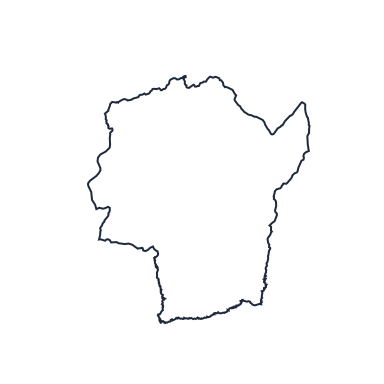 Luwu Utara, Sulawesi Selatan, Indonesia (Natural Earth projection), rotated 28°
{"feature_id": "22746128B26232805086319", "entity_name": "Luwu Utara", "entity_type": "district", "adm_level": 2, "iso_a3": "IDN", "parent_name": "Indonesia", "parent_adm1": "Sulawesi Selatan", "projection": "natural_earth1", "projection_center": [120.334, -2.406], "detail": "fine", "context": "isolated", "style": "outline", "palette": "slate", "viewbox_px": 384, "rotation_deg": 28, "n_neighbors": 0, "source": "geoboundaries", "source_scale": "gbopen_adm2", "svg_char_len": 6040}
<svg xmlns="http://www.w3.org/2000/svg" viewBox="0 0 384 384"><g transform="rotate(28 192 192)"><path d="M224.1,321.1L225.3,319.9L225.8,320.0L225.6,322.9L226.4,320.6L227.3,319.6L228.0,319.7L228.7,320.3L229.1,319.8L229.9,320.2L230.3,319.4L231.2,319.2L232.3,317.5L233.5,316.7L233.6,315.4L233.3,314.8L234.0,313.9L234.8,314.8L237.2,311.8L237.2,310.6L238.5,309.7L238.9,310.1L239.2,309.2L241.2,309.4L242.4,308.5L243.8,308.3L244.3,307.7L244.1,306.8L245.2,306.9L246.5,306.0L247.8,305.9L248.6,305.4L248.7,304.5L249.7,304.4L250.5,303.6L252.8,303.6L253.6,302.6L255.0,302.3L256.0,300.1L256.5,300.2L256.5,300.8L257.3,300.8L257.7,300.1L258.8,300.2L259.7,299.6L259.7,299.1L260.8,298.9L262.2,296.8L262.9,296.8L264.0,295.9L263.8,295.0L265.2,294.8L266.4,293.7L267.0,291.9L267.4,291.8L268.1,290.3L269.1,289.6L268.3,289.2L268.4,288.7L269.6,287.8L270.8,287.6L271.5,285.9L273.0,286.3L274.8,285.3L276.0,284.0L277.4,283.5L277.4,283.1L278.7,281.9L279.1,281.1L278.9,280.9L279.2,279.8L278.9,279.4L280.0,279.4L279.7,278.9L279.8,277.2L281.2,275.6L281.2,276.0L281.6,276.1L283.3,274.8L283.4,274.0L284.2,273.6L283.3,273.2L283.8,272.8L284.4,273.0L284.8,272.5L284.6,271.5L285.4,271.6L285.6,270.7L286.5,270.3L286.6,269.1L287.4,268.6L287.7,267.2L287.4,266.2L286.5,266.1L286.0,265.5L286.7,265.0L286.9,263.8L287.4,263.4L288.1,264.3L288.5,263.7L291.7,263.2L293.2,261.9L294.7,261.6L295.8,262.5L296.7,262.4L298.2,263.0L300.6,262.7L304.1,259.2L305.7,258.7L305.2,258.2L305.3,257.3L305.0,257.5L305.2,257.1L304.1,256.0L303.9,255.3L304.5,255.6L304.5,255.3L303.4,254.4L303.3,252.7L303.6,252.4L302.5,251.3L301.7,248.5L301.1,247.8L301.1,247.2L300.2,246.8L301.5,245.4L301.6,244.2L301.1,244.0L300.6,242.8L300.9,242.4L301.7,242.3L302.0,241.2L301.2,239.9L301.3,239.0L300.5,239.4L299.6,238.0L297.9,237.8L297.1,235.7L297.9,235.8L297.8,233.9L296.6,234.5L296.8,234.0L295.9,232.8L296.1,231.8L296.6,231.4L295.8,230.8L295.5,231.3L295.0,229.1L295.1,228.1L294.5,227.2L294.3,226.1L293.0,225.2L292.6,223.7L292.8,221.9L291.2,219.9L291.5,218.7L290.7,215.5L290.1,214.2L289.1,213.0L289.1,211.9L287.6,207.8L287.7,205.3L287.3,204.7L285.9,204.5L284.9,202.1L283.3,201.3L280.8,198.1L280.6,196.7L281.2,193.0L280.7,190.1L281.1,189.5L279.8,188.9L278.2,185.6L276.2,185.2L277.3,181.7L278.6,179.0L277.9,172.9L277.2,171.4L274.9,170.4L273.9,169.1L273.0,165.1L270.8,161.2L269.5,160.2L267.5,159.7L266.7,157.7L266.2,157.6L265.3,153.6L264.9,153.0L265.0,151.2L265.7,149.6L268.2,147.3L268.6,145.3L268.3,144.2L268.8,143.0L268.6,142.1L268.9,141.5L271.4,140.4L271.8,139.4L273.0,134.2L273.2,131.5L272.8,130.3L273.9,127.2L275.2,125.8L275.6,124.8L274.5,120.3L274.0,113.0L275.3,111.0L274.6,109.0L273.5,108.0L273.0,105.7L273.9,103.4L275.9,101.0L271.8,95.5L267.6,88.5L267.6,84.7L266.9,83.9L266.7,82.8L266.1,82.2L264.7,78.4L263.6,78.0L262.7,76.1L259.3,71.9L258.3,71.7L255.1,68.5L253.2,66.0L250.9,61.6L249.8,61.2L247.0,61.1L246.6,61.7L244.5,73.9L244.5,76.0L243.6,78.0L242.9,78.4L240.8,85.8L240.6,90.7L239.8,91.2L239.5,92.8L237.8,95.6L236.8,102.5L235.7,103.6L234.6,103.7L230.7,101.2L229.4,100.9L225.0,98.2L223.0,96.3L220.4,95.2L213.3,95.4L212.0,96.2L208.7,96.3L205.5,97.2L200.1,96.7L199.2,96.1L196.9,95.5L194.1,93.7L191.9,93.5L186.9,91.1L186.0,90.2L185.6,85.9L184.9,85.9L179.8,82.8L174.1,83.0L172.4,83.4L171.8,84.0L169.5,82.9L168.0,80.9L165.3,79.7L164.0,80.2L162.7,78.8L158.7,79.2L156.9,81.2L154.3,81.5L153.6,82.0L152.6,85.3L152.5,88.0L150.7,88.9L150.0,90.3L148.2,92.0L148.3,95.2L147.1,95.8L146.5,96.9L145.1,97.5L143.8,96.6L142.9,96.6L140.4,101.6L138.4,102.1L137.7,101.8L137.0,100.5L136.4,100.7L134.8,99.8L133.8,97.7L131.8,96.3L131.3,95.0L132.5,93.6L131.8,92.6L130.8,93.3L130.0,94.9L130.0,96.1L128.8,96.5L127.6,98.6L125.9,99.7L124.1,99.4L122.2,100.1L120.1,103.3L120.1,105.0L120.9,107.0L120.5,108.6L119.7,109.6L120.1,111.9L119.9,113.1L119.4,114.0L118.5,114.4L117.4,116.4L117.0,116.7L114.4,115.8L112.3,117.8L109.6,118.9L108.8,119.7L108.8,121.2L108.0,122.7L108.2,123.5L107.8,125.2L105.4,127.7L103.7,127.4L102.4,129.5L100.6,130.5L100.1,131.9L100.1,133.4L96.7,136.6L95.7,137.8L95.5,138.7L92.2,141.4L90.8,141.2L88.6,141.7L87.1,143.3L84.7,147.3L84.8,147.7L83.5,147.8L83.4,148.5L79.2,150.0L78.5,152.7L79.1,154.8L79.6,159.0L80.0,159.6L78.3,163.7L79.1,164.2L81.0,166.6L81.6,168.2L83.0,168.8L83.1,169.9L84.0,170.6L84.2,171.5L86.2,171.8L86.5,172.7L87.5,173.1L87.6,174.0L88.3,174.9L89.7,174.8L91.5,173.4L92.5,174.1L92.9,175.6L92.0,177.9L92.1,178.7L92.7,179.3L94.1,183.0L97.3,188.4L98.5,191.5L96.9,196.7L93.4,202.0L92.9,205.9L94.2,209.3L100.0,214.0L101.0,216.1L100.8,219.3L100.0,222.8L96.6,230.0L96.2,233.0L96.4,233.8L97.7,235.4L103.0,239.3L107.5,246.0L112.4,248.7L115.6,252.0L117.6,249.4L120.8,248.7L122.2,247.8L124.9,244.5L126.8,244.6L128.1,246.9L128.4,248.6L128.1,249.9L128.8,250.9L129.2,252.5L128.1,258.3L128.5,259.7L127.9,261.4L128.2,263.7L127.9,266.8L128.1,267.5L129.4,268.5L129.7,270.2L131.1,273.1L132.2,277.6L133.4,276.7L138.2,275.8L138.8,274.0L140.1,273.2L141.9,273.1L144.3,274.5L149.0,271.6L151.0,271.8L157.4,269.4L160.0,267.4L164.0,266.6L170.7,267.5L171.6,266.5L173.2,265.7L173.9,264.8L174.9,264.8L176.4,266.5L178.7,266.0L180.5,263.4L181.3,260.8L183.1,258.5L185.1,260.0L188.0,260.7L189.2,260.5L191.1,262.4L191.5,264.1L190.6,266.7L189.9,266.8L189.5,268.0L191.3,269.4L191.0,269.9L191.9,270.7L192.6,272.1L195.8,274.0L194.6,274.2L195.3,275.2L197.4,275.7L198.4,276.4L199.0,280.0L200.1,281.5L200.9,283.6L201.9,284.4L202.5,284.2L203.4,284.6L204.0,285.5L203.8,285.8L205.6,287.5L205.5,288.0L206.0,288.1L207.0,289.7L207.5,290.2L207.8,289.8L208.4,290.0L209.7,292.2L210.8,292.5L210.6,293.5L211.1,293.7L211.0,294.3L211.7,294.9L211.7,295.6L213.1,296.5L214.7,296.6L214.7,298.3L215.3,298.5L215.5,299.6L215.8,299.6L216.0,298.8L218.2,298.9L217.7,299.6L217.8,300.3L217.3,300.6L217.0,301.4L217.1,302.6L218.3,303.5L218.1,305.1L219.0,305.3L219.4,306.1L219.8,305.9L220.3,306.6L220.6,307.4L220.4,308.2L221.8,310.1L221.1,311.5L221.2,314.2L220.6,315.0L220.8,315.5L219.6,316.2L219.7,317.0L223.2,318.9L222.9,319.5L223.5,319.8L223.4,320.5L224.1,321.1ZM224.8,321.9L225.5,320.9L225.4,320.0L224.9,321.2L224.8,321.9Z" fill="none" stroke="#1e293b" stroke-width="2"/></g></svg>